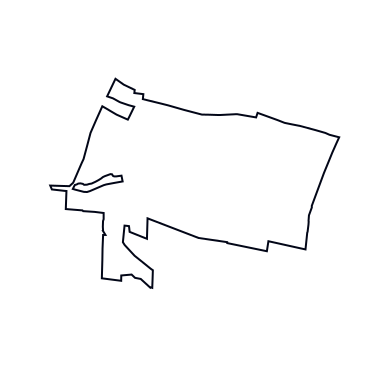 outline of Nasturelu, Teleorman, Romania, rotated 209°
{"feature_id": "2599482B97470036487680", "entity_name": "Nasturelu", "entity_type": "district", "adm_level": 2, "iso_a3": "ROU", "parent_name": "Romania", "parent_adm1": "Teleorman", "projection": "natural_earth1", "projection_center": [25.483, 43.671], "detail": "fine", "context": "isolated", "style": "outline", "palette": "ink", "viewbox_px": 384, "rotation_deg": 209, "n_neighbors": 0, "source": "geoboundaries", "source_scale": "gbopen_adm2", "svg_char_len": 2010}
<svg xmlns="http://www.w3.org/2000/svg" viewBox="0 0 384 384"><g transform="rotate(209 192 192)"><path d="M251.0,114.8L246.9,112.5L248.9,111.3L242.9,99.3L237.3,88.8L229.0,72.8L210.9,80.0L213.4,84.7L204.8,90.5L200.2,89.3L194.7,91.1L182.1,88.1L182.0,88.6L180.3,88.9L184.3,96.8L188.3,104.6L190.4,104.8L191.1,104.9L208.9,108.0L211.3,108.4L225.2,113.0L228.1,114.6L233.2,126.4L234.7,129.9L233.1,130.6L230.6,131.6L229.4,130.0L228.5,128.7L227.2,126.9L208.7,129.2L218.1,147.4L163.9,155.0L136.9,165.2L136.4,164.4L97.8,176.5L101.3,186.0L71.9,194.7L64.9,196.8L71.5,212.3L71.6,213.2L74.3,219.9L75.6,222.7L76.0,223.1L78.4,228.3L79.7,236.6L80.5,237.9L85.8,272.6L87.4,286.3L88.4,294.5L89.3,304.7L89.8,311.2L99.5,308.7L104.0,308.3L114.0,306.0L130.1,302.0L130.6,301.8L137.7,299.5L144.4,297.4L145.0,297.3L151.8,296.4L165.6,294.2L173.0,293.0L172.1,288.3L190.1,282.0L190.9,281.6L197.0,277.8L203.4,273.8L205.7,272.4L214.5,267.9L220.9,264.5L225.2,263.4L238.9,259.9L254.9,256.2L261.7,254.4L280.0,249.4L282.0,254.0L290.4,250.6L291.6,253.5L303.7,252.8L313.8,253.9L312.6,234.5L306.5,235.6L299.1,235.6L298.0,235.7L289.6,237.2L283.9,238.6L283.3,227.4L283.2,224.2L288.7,223.7L295.5,223.1L303.3,223.3L305.3,223.4L312.0,223.5L310.7,208.0L309.4,194.5L306.4,182.7L302.8,168.2L302.5,163.8L302.1,159.6L300.4,142.5L301.4,139.6L302.0,137.7L307.8,134.7L314.6,131.2L319.1,128.9L315.8,126.3L305.0,130.8L303.6,131.4L302.3,132.0L294.1,115.9L278.9,122.8L277.9,122.5L267.5,127.4L259.1,130.8L256.1,125.4L255.7,123.4L253.1,118.3L250.9,114.9L251.0,114.8ZM293.9,145.4L291.4,146.2L289.9,146.0L289.0,146.5L287.4,147.5L285.8,149.2L283.9,150.7L282.6,152.5L281.7,153.7L280.9,154.9L279.5,157.1L278.1,159.6L277.2,161.8L276.0,163.5L273.9,165.9L272.0,168.1L270.5,168.7L269.0,167.8L267.6,167.9L266.0,168.8L261.6,172.1L257.8,167.6L264.2,162.4L270.6,157.1L272.5,155.2L281.8,143.2L282.3,142.7L283.8,141.1L285.2,140.4L286.6,139.7L295.4,137.4L297.7,136.9L297.9,141.3L296.5,142.7L295.6,144.2L294.7,144.8L293.9,145.4Z" fill="none" stroke="#020617" stroke-width="2"/></g></svg>